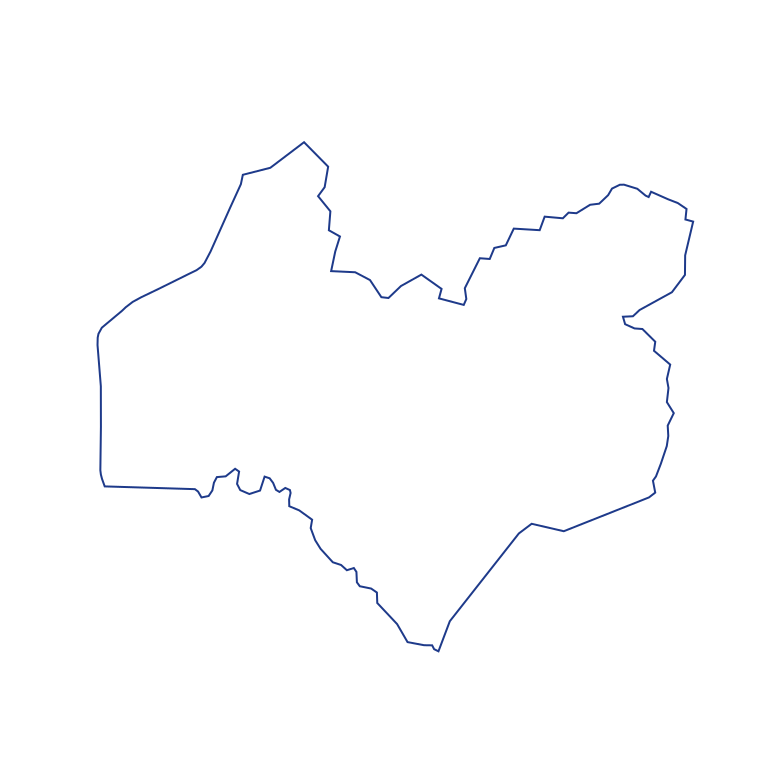 the district of Dolores, Soriano, Uruguay, rotated 13°
{"feature_id": "84410073B84851743743013", "entity_name": "Dolores", "entity_type": "district", "adm_level": 2, "iso_a3": "URY", "parent_name": "Uruguay", "parent_adm1": "Soriano", "projection": "robinson", "projection_center": [-58.32, -33.574], "detail": "fine", "context": "isolated", "style": "outline", "palette": "blue", "viewbox_px": 768, "rotation_deg": 13, "n_neighbors": 0, "source": "geoboundaries", "source_scale": "gbopen_adm2", "svg_char_len": 1925}
<svg xmlns="http://www.w3.org/2000/svg" viewBox="0 0 768 768"><g transform="rotate(13 384 384)"><path d="M134.9,546.6L175.6,538.5L223.4,529.0L227.0,530.6L231.7,535.6L238.3,532.6L240.7,526.3L240.5,518.4L242.1,512.3L250.5,509.6L258.0,500.1L262.5,501.9L263.3,514.4L267.8,519.7L277.5,521.5L287.2,515.7L288.5,501.1L293.8,501.6L298.2,505.3L302.5,511.4L306.4,512.7L311.2,507.5L316.2,508.5L317.5,511.2L317.5,517.8L319.2,524.4L329.8,526.2L344.5,532.4L345.0,540.9L352.1,551.7L359.3,558.9L374.2,569.2L382.9,570.0L389.7,573.8L396.0,570.1L399.4,573.3L402.2,583.3L405.9,586.5L417.5,586.2L424.0,588.8L426.7,598.9L436.3,605.3L450.8,615.0L465.0,630.2L481.8,629.5L489.7,627.8L492.5,631.1L497.2,632.2L501.5,600.3L549.0,499.3L559.3,487.0L592.3,487.0L667.7,434.9L672.7,428.8L667.8,417.7L669.8,412.9L671.7,399.4L673.5,380.9L672.7,370.7L669.8,360.7L672.9,347.2L663.7,338.0L662.1,323.9L658.5,315.5L658.5,300.7L639.6,290.9L638.8,281.8L623.4,272.3L615.6,273.5L605.5,271.5L601.7,264.7L611.3,262.0L616.4,254.4L643.9,229.8L652.7,210.0L648.5,190.9L648.7,156.2L640.7,155.9L639.4,145.4L629.6,141.6L619.2,140.1L601.0,136.6L599.8,142.3L596.5,141.6L586.9,136.8L573.0,135.8L569.0,136.8L562.2,142.3L559.9,149.6L553.1,159.9L544.5,163.0L533.1,174.3L525.3,175.5L521.0,182.3L502.9,184.8L501.1,199.1L475.5,203.4L471.5,221.5L460.9,226.6L458.9,238.4L449.1,239.9L441.2,272.5L445.1,282.7L443.9,289.0L418.3,288.2L418.7,278.4L395.8,269.0L378.5,284.7L369.0,299.2L361.9,300.0L347.0,285.9L330.8,281.6L307.1,285.9L306.7,265.9L307.9,250.2L295.7,246.6L292.9,227.8L277.5,215.8L281.9,205.6L280.7,184.8L251.7,166.4L224.6,198.9L199.4,211.9L199.6,221.5L194.4,246.9L185.2,293.9L181.9,306.5L179.7,310.8L175.7,315.3L168.4,321.2L142.9,342.1L127.9,354.1L120.7,360.5L115.1,367.3L112.2,371.7L101.0,386.5L96.4,392.6L94.5,399.3L94.6,403.2L96.1,410.5L108.6,449.9L117.8,489.4L126.1,527.6L127.0,531.8L128.5,535.9L130.6,539.9L134.9,546.6Z" fill="none" stroke="#1e3a8a" stroke-width="2"/></g></svg>